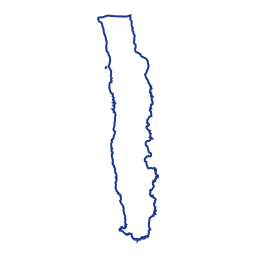 South Maewo, Penama, Vanuatu
{"feature_id": "77236927B86135291775280", "entity_name": "South Maewo", "entity_type": "district", "adm_level": 2, "iso_a3": "VUT", "parent_name": "Vanuatu", "parent_adm1": "Penama", "projection": "equal_earth", "projection_center": [168.149, -15.259], "detail": "fine", "context": "isolated", "style": "outline", "palette": "blue", "viewbox_px": 256, "rotation_deg": 0, "n_neighbors": 0, "source": "geoboundaries", "source_scale": "gbopen_adm2", "svg_char_len": 5952}
<svg xmlns="http://www.w3.org/2000/svg" viewBox="0 0 256 256"><path d="M98.0,18.3L98.9,21.1L99.6,21.8L101.5,22.7L101.9,23.3L102.8,27.7L103.6,29.2L103.6,31.1L104.3,34.1L104.9,35.1L105.9,38.2L106.0,40.1L106.8,41.6L106.1,47.8L106.7,49.4L106.4,50.3L106.8,51.2L108.4,53.3L108.5,54.6L109.2,55.9L109.8,56.6L109.9,58.7L110.2,59.7L110.0,61.7L109.3,64.8L108.7,65.5L108.6,66.1L108.9,67.1L111.1,70.9L111.1,74.2L110.8,75.2L110.8,75.9L111.1,77.4L111.8,78.1L111.0,79.7L111.2,80.5L111.7,81.0L111.7,81.9L111.2,82.2L110.7,82.1L110.1,82.6L109.4,84.0L109.4,87.7L110.0,90.5L111.2,93.0L111.6,93.5L112.5,93.5L112.6,94.3L112.9,94.7L112.7,96.6L113.3,97.0L113.8,98.3L113.8,98.7L113.6,99.0L113.4,98.8L113.0,99.6L113.4,100.0L113.3,100.6L114.1,100.9L114.3,101.8L114.7,102.2L114.4,102.5L113.9,102.3L113.8,102.6L114.3,102.9L113.7,103.0L114.4,103.4L114.6,104.8L114.3,105.4L113.3,105.5L113.7,106.3L114.4,106.9L114.2,108.5L113.5,109.1L112.5,109.2L113.6,110.4L113.8,111.0L114.3,111.2L114.4,111.5L113.8,112.1L115.2,113.2L115.5,114.2L115.2,117.3L114.8,118.5L115.0,119.4L115.0,120.7L114.5,122.2L114.7,124.3L114.2,126.0L114.2,127.0L113.5,128.8L113.5,129.6L113.9,130.7L114.6,131.1L115.1,132.0L114.8,132.4L114.6,134.4L113.9,135.4L113.8,136.5L113.1,139.1L112.4,139.2L111.9,139.7L111.6,140.8L112.1,141.7L111.1,143.8L111.4,147.8L111.5,148.2L112.1,148.4L112.2,148.9L111.8,149.3L111.4,149.2L111.3,149.7L111.9,151.8L112.6,152.1L112.7,152.6L112.6,153.9L111.7,154.3L111.8,155.4L112.2,157.9L112.8,159.6L112.7,161.1L112.9,161.6L112.6,163.2L113.0,163.4L113.0,164.0L112.8,164.6L113.9,165.5L114.0,167.0L114.4,167.1L114.8,168.3L114.7,168.7L115.2,169.3L115.0,171.2L115.2,172.0L115.5,172.6L115.5,173.1L116.0,173.3L116.3,174.1L116.5,176.5L116.0,176.9L116.2,177.3L115.8,177.3L115.7,177.8L116.6,178.8L116.6,179.8L116.2,181.5L115.6,182.3L115.8,182.8L115.6,183.2L116.0,184.6L115.6,186.5L115.8,187.4L115.5,188.1L116.1,188.7L116.4,190.7L117.5,192.0L117.8,192.8L118.3,192.7L118.6,193.0L118.6,194.2L120.3,194.7L120.5,195.2L120.3,195.9L120.9,196.5L120.7,197.4L121.0,198.9L120.7,200.4L120.1,200.7L120.2,201.0L121.4,203.7L122.8,205.6L123.7,208.2L123.7,208.9L123.4,209.4L124.1,213.6L125.0,215.7L125.2,217.2L125.0,218.5L125.5,219.3L125.2,221.0L125.2,223.4L125.8,224.0L125.5,224.7L126.0,224.8L125.8,225.0L125.9,225.8L125.7,225.7L125.3,226.3L125.9,226.6L125.9,227.1L124.6,228.4L122.4,227.7L122.0,226.9L121.3,227.1L120.9,228.6L119.7,229.0L119.4,229.6L120.1,230.7L121.4,230.4L121.9,230.7L124.9,233.4L126.0,234.0L126.1,234.6L126.9,234.6L127.3,234.2L127.7,234.5L128.5,233.8L128.5,234.4L130.1,233.7L131.5,233.9L131.8,234.8L131.6,236.2L132.4,237.3L132.8,238.2L133.7,238.5L133.9,239.1L134.9,238.8L135.2,239.0L135.3,239.6L136.8,238.8L137.3,239.4L137.4,240.6L137.8,239.9L138.6,239.8L138.9,239.0L139.6,239.1L139.5,239.6L140.4,239.6L141.1,237.9L142.2,237.0L142.5,237.1L142.6,238.0L143.7,237.4L143.7,238.1L144.0,237.9L144.2,238.3L145.3,237.1L145.6,237.1L145.7,236.3L145.9,236.2L146.0,237.1L146.6,236.4L147.2,236.3L147.6,236.8L148.2,236.3L148.5,235.4L148.5,234.0L149.0,232.8L148.7,231.9L148.7,231.1L149.0,230.5L150.3,229.5L149.5,228.1L148.9,226.5L148.9,222.6L149.3,221.7L149.5,218.7L149.9,217.9L152.2,216.1L153.2,215.5L153.5,215.8L153.7,215.3L153.5,214.7L153.9,213.3L154.3,213.9L155.3,214.0L154.8,212.5L154.8,211.0L155.6,211.1L155.8,210.6L154.9,210.3L155.2,210.0L154.9,208.4L155.4,207.8L155.4,207.4L154.9,207.1L154.4,205.9L154.0,203.7L154.4,203.5L154.8,202.8L154.6,202.4L155.0,201.7L154.9,201.1L155.3,200.6L155.8,199.4L154.5,198.0L153.0,197.3L152.7,196.9L153.0,195.8L152.8,195.5L152.3,195.4L151.5,196.3L150.8,196.0L149.9,193.8L150.6,191.9L150.1,190.5L150.2,190.1L151.6,189.9L153.6,187.1L153.8,185.5L153.2,185.2L152.8,183.4L152.9,182.5L153.2,182.3L153.1,181.3L154.1,180.8L154.7,181.4L155.1,181.2L154.8,180.7L155.1,180.7L155.1,179.8L155.3,179.2L155.8,179.0L155.5,178.5L156.2,177.6L156.6,177.5L156.2,176.6L156.9,176.6L157.0,177.3L157.9,177.3L158.0,175.8L157.7,175.3L156.8,175.2L156.2,174.0L155.4,173.3L155.8,171.9L155.4,171.8L155.2,170.5L156.0,170.2L156.1,169.7L155.9,169.3L155.6,169.4L155.4,170.1L155.0,170.0L154.5,167.9L153.1,168.5L151.2,168.0L148.5,168.3L148.0,168.0L146.6,164.9L146.7,164.4L146.3,163.5L146.4,161.9L145.0,161.3L144.7,160.2L144.9,158.7L146.8,156.5L148.6,156.0L150.0,156.6L151.2,155.3L150.8,153.3L149.8,153.0L148.6,151.7L148.5,150.2L147.9,149.2L147.5,146.8L146.9,145.9L146.1,145.7L145.6,143.9L145.9,142.3L146.3,141.5L146.9,141.1L149.2,140.9L151.4,138.5L152.1,138.6L151.7,138.0L150.9,138.0L149.7,137.4L150.5,136.5L150.2,135.1L150.9,133.7L149.7,132.8L149.7,132.3L149.5,132.1L150.0,131.1L149.2,131.1L148.5,129.8L147.7,129.6L147.4,128.6L146.4,127.9L146.3,127.5L146.6,126.5L147.0,126.4L147.4,125.8L148.5,125.7L149.0,125.1L148.8,124.2L148.5,124.1L148.6,123.6L147.9,123.4L147.0,122.7L147.3,121.6L147.1,120.2L148.0,119.3L148.9,117.4L149.9,116.4L151.2,116.2L151.0,115.8L151.3,115.0L151.3,113.7L150.9,113.0L151.0,111.5L150.0,110.8L149.9,110.1L150.5,109.0L150.7,108.9L150.3,108.7L150.9,108.0L150.4,107.5L150.8,107.0L151.1,104.6L152.6,104.2L152.8,103.6L152.4,103.0L152.6,102.2L152.3,101.6L152.4,101.0L152.1,100.9L151.6,99.4L151.6,98.8L152.0,98.0L151.7,97.2L152.7,96.7L152.1,96.1L150.8,95.9L150.8,95.2L151.3,94.5L151.1,93.9L151.3,93.2L150.4,92.8L150.6,92.3L150.4,92.1L149.9,92.0L150.2,90.4L151.3,88.9L150.8,88.8L150.5,88.3L151.2,86.8L150.6,86.7L150.6,85.7L149.9,85.4L149.3,83.5L148.6,83.0L148.1,80.8L146.2,77.9L145.1,74.7L145.4,73.8L146.2,73.2L147.2,70.0L148.0,68.8L148.6,65.4L148.2,64.6L147.7,61.3L147.3,60.2L146.5,59.3L145.7,58.5L141.2,56.2L140.2,54.0L139.0,53.5L137.8,52.5L136.4,52.4L135.4,51.2L135.0,49.5L135.7,46.6L135.5,44.5L134.1,43.3L133.9,41.9L134.4,40.1L134.2,37.8L134.6,36.9L134.7,35.3L134.2,35.0L133.3,32.7L133.2,31.4L132.6,30.8L132.4,30.2L132.3,29.2L132.9,28.3L132.9,27.9L132.4,27.6L131.5,24.9L131.7,21.4L130.4,19.6L130.3,16.2L130.4,15.4L126.3,16.6L116.0,16.3L107.5,15.6L102.6,17.3L99.1,17.4L98.0,18.3ZM106.2,67.2L105.9,67.2L105.7,67.6L105.9,68.1L106.1,68.0L106.2,67.2Z" fill="none" stroke="#1e3a8a" stroke-width="2"/></svg>